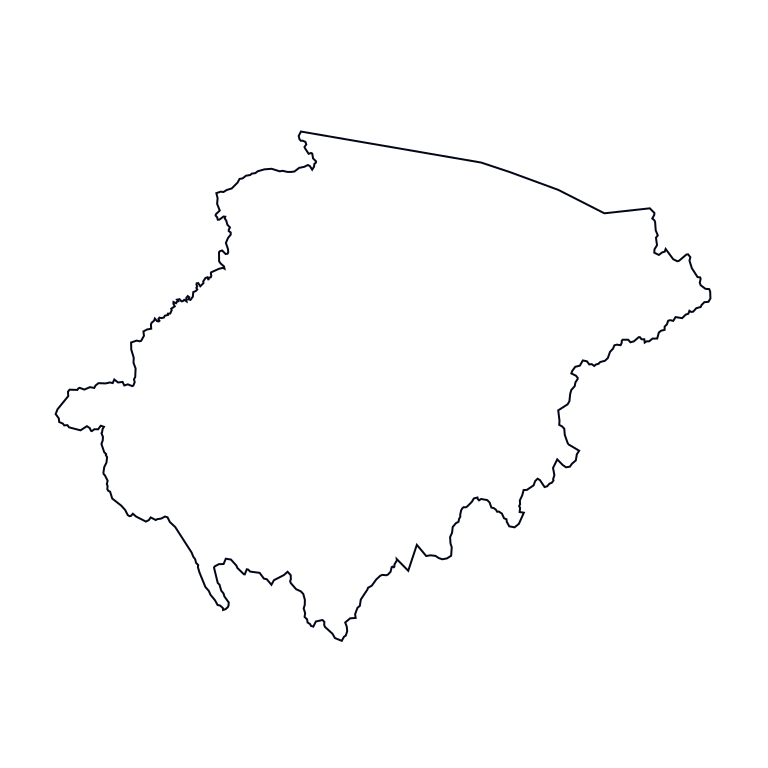 Chanchamayo, Junín, Peru, rotated 178°
{"feature_id": "86281439B40126444259692", "entity_name": "Chanchamayo", "entity_type": "district", "adm_level": 2, "iso_a3": "PER", "parent_name": "Peru", "parent_adm1": "Junín", "projection": "natural_earth1", "projection_center": [-75.066, -11.002], "detail": "fine", "context": "isolated", "style": "outline", "palette": "ink", "viewbox_px": 768, "rotation_deg": 178, "n_neighbors": 0, "source": "geoboundaries", "source_scale": "gbopen_adm2", "svg_char_len": 6131}
<svg xmlns="http://www.w3.org/2000/svg" viewBox="0 0 768 768"><g transform="rotate(178 384 384)"><path d="M664.5,293.5L663.8,291.8L664.2,288.6L663.3,286.9L661.5,285.9L659.6,279.0L650.7,271.5L647.0,267.0L644.7,262.0L643.0,260.8L641.5,261.0L639.5,263.1L636.4,260.2L626.7,254.8L623.8,256.2L621.8,258.8L616.8,256.0L615.5,256.8L611.3,257.3L607.5,259.2L605.0,258.3L602.8,253.5L597.7,248.4L582.1,222.2L580.7,218.2L578.8,215.4L578.1,211.9L576.0,209.5L576.4,207.5L575.0,202.1L569.6,187.4L566.3,183.3L564.8,179.5L560.4,173.7L558.0,168.9L555.7,168.4L553.8,166.7L552.7,165.5L552.7,163.8L550.1,164.6L547.9,166.4L547.1,168.0L546.8,171.1L550.9,177.2L551.7,180.3L553.9,183.2L555.4,189.2L557.1,191.0L560.3,206.4L559.6,207.6L555.4,209.7L550.6,209.7L548.2,214.9L543.1,213.9L537.8,207.6L537.0,205.3L530.6,198.7L529.8,198.6L527.6,203.6L526.3,203.3L524.3,201.2L514.9,199.6L510.8,193.7L508.0,193.0L503.5,187.3L500.8,191.8L490.8,196.5L486.9,199.7L483.9,196.2L483.9,192.2L484.7,190.2L484.1,188.3L479.0,182.0L474.4,179.7L472.0,177.0L470.6,171.0L470.9,166.0L472.1,162.5L470.8,157.7L471.5,154.0L469.1,151.5L468.7,148.3L466.3,146.7L465.4,144.8L463.1,144.0L460.4,149.0L453.7,150.3L451.9,148.3L452.2,145.5L451.5,143.3L444.2,136.2L441.9,131.8L435.2,128.8L432.8,132.8L431.0,133.9L429.4,138.2L429.7,142.9L431.1,147.0L426.0,151.0L420.5,151.2L420.9,155.0L418.3,161.3L415.9,163.1L414.7,169.4L407.6,179.4L407.2,180.8L403.2,182.9L398.6,188.9L394.4,192.5L392.4,193.3L388.4,192.8L386.7,193.4L384.0,196.1L382.7,200.7L381.9,201.2L380.6,200.5L380.0,201.1L379.8,203.4L377.3,207.2L377.4,208.6L366.3,196.5L356.8,222.1L347.8,210.6L343.6,211.2L338.5,210.4L335.3,208.1L331.8,206.8L327.2,207.5L322.9,210.0L322.0,218.5L323.1,222.3L323.3,228.7L321.2,232.9L320.3,238.7L317.0,242.4L314.3,243.7L313.7,246.5L312.4,248.6L312.4,250.7L311.3,255.0L310.1,257.0L308.8,258.1L306.5,257.9L305.0,258.8L300.3,263.2L298.2,266.5L294.6,267.3L294.3,265.8L293.1,264.4L291.0,265.7L284.9,264.4L282.6,261.9L281.0,256.8L278.4,256.0L276.5,254.4L275.4,252.4L273.7,252.5L270.7,250.4L268.7,245.6L266.3,244.5L266.1,242.0L263.8,237.4L258.5,236.2L254.1,239.5L248.7,250.5L252.9,251.3L252.3,255.4L253.2,257.3L252.2,259.0L252.3,262.9L249.7,268.0L248.2,273.1L244.9,273.2L238.0,277.5L236.4,281.6L233.8,284.0L231.5,282.5L227.1,275.4L224.5,276.1L222.0,278.7L219.8,279.4L218.0,281.6L218.3,283.0L216.9,287.0L218.0,294.2L213.5,302.6L208.2,296.8L205.0,294.4L201.1,294.9L198.9,297.8L195.0,300.9L193.7,307.1L191.3,310.5L201.6,317.1L202.5,318.5L205.1,326.8L205.4,333.0L207.5,335.4L210.3,337.0L209.9,341.2L210.8,351.6L201.2,357.3L199.3,360.3L198.3,367.5L197.0,371.5L193.5,375.2L192.6,379.0L190.3,382.2L190.2,383.4L191.9,385.6L196.4,388.0L195.4,390.5L192.3,394.5L187.6,395.5L184.5,400.6L180.4,399.6L178.2,396.4L175.7,396.6L173.3,394.7L171.5,396.1L168.9,396.7L167.2,398.4L162.4,399.5L159.4,402.1L157.0,408.2L153.9,411.3L152.4,414.6L149.9,415.2L146.2,414.5L145.0,416.9L144.9,418.9L144.0,419.9L138.4,419.7L136.3,417.1L132.8,417.9L127.8,421.9L126.7,421.9L125.0,419.7L122.3,419.6L122.0,416.3L120.0,417.5L117.5,417.4L114.1,420.0L109.4,419.9L107.5,425.9L105.2,427.6L101.7,428.3L101.5,431.6L99.2,433.7L97.8,437.3L95.7,437.8L92.7,437.0L90.3,440.7L83.7,439.4L80.1,442.8L77.4,443.6L76.2,446.5L74.5,445.3L72.5,445.5L69.2,448.9L64.8,449.9L64.0,451.7L61.0,454.6L56.9,454.8L54.8,458.1L54.8,465.0L55.7,467.5L59.4,467.9L64.1,471.7L64.9,474.2L63.9,478.0L64.3,479.5L66.9,479.9L72.3,489.0L74.4,496.6L73.4,500.0L75.6,503.0L77.3,502.8L84.8,496.9L86.5,496.4L90.6,498.6L97.8,509.1L98.8,506.5L101.4,505.8L104.8,503.4L109.3,505.8L109.0,509.1L106.3,513.2L107.1,520.7L105.2,523.0L107.1,528.1L107.4,536.3L108.0,538.1L110.1,540.0L108.0,543.6L107.8,545.5L112.2,550.3L157.8,546.9L203.0,571.9L251.1,591.5L279.1,601.9L458.2,639.2L460.6,634.9L459.9,631.5L458.6,630.0L456.8,630.0L454.1,628.7L453.3,626.1L455.2,623.7L454.8,622.5L451.3,616.7L448.8,617.4L447.7,616.8L447.0,611.9L444.1,608.8L444.4,607.5L445.9,606.5L446.3,603.7L448.3,600.7L450.5,604.4L452.4,605.5L456.2,603.8L461.2,603.0L466.1,599.5L468.8,599.2L473.0,599.3L477.9,600.6L480.8,600.2L488.8,603.0L496.0,602.7L502.8,601.0L505.3,599.2L508.7,598.9L510.5,597.5L514.6,597.0L518.2,594.4L521.2,594.0L523.3,590.4L529.4,584.7L534.4,583.4L537.7,581.5L540.6,581.9L544.9,580.6L543.8,575.5L544.5,569.9L542.1,563.1L546.2,559.4L546.4,558.2L544.9,556.4L544.4,554.0L542.8,554.0L538.5,557.0L536.8,556.7L537.4,554.9L536.0,553.0L535.0,548.7L532.5,545.8L533.8,543.5L533.8,542.2L531.9,540.8L532.0,538.6L534.8,535.4L537.1,530.5L535.2,524.3L535.1,520.9L535.8,519.7L537.7,519.4L541.1,523.1L543.6,522.3L544.3,521.4L544.5,512.4L543.2,510.3L539.8,507.1L539.4,504.8L540.9,505.7L544.9,504.9L552.7,501.7L553.2,500.9L552.8,498.0L553.5,496.6L555.4,496.4L555.7,494.0L556.8,496.8L558.7,496.2L561.1,492.9L560.9,491.1L564.2,488.1L566.1,491.3L567.6,491.2L568.0,490.1L567.3,487.9L568.2,486.6L567.3,485.0L568.8,483.5L571.4,482.5L572.0,477.9L574.5,474.8L576.4,475.5L575.6,477.5L577.1,478.7L578.6,476.9L578.4,473.4L580.7,475.1L582.2,473.8L583.5,473.7L585.4,475.9L587.9,475.5L586.7,473.9L588.1,473.4L589.0,472.0L591.5,473.3L591.7,471.6L590.4,468.9L594.0,466.7L593.6,465.1L595.2,461.9L597.5,461.8L597.4,460.6L600.6,459.9L601.7,458.1L604.3,457.6L606.1,458.2L607.2,456.8L606.2,455.0L606.9,454.4L608.7,454.8L610.7,457.4L611.7,455.2L614.1,453.3L614.9,451.5L614.7,447.4L619.1,446.7L622.6,444.9L622.2,440.6L625.2,435.6L626.7,435.2L629.7,436.0L635.3,434.3L635.4,427.3L633.2,419.0L633.6,413.9L631.7,408.2L632.4,399.6L633.7,397.5L633.1,394.5L634.6,391.1L635.8,390.7L640.0,392.6L643.6,391.6L645.2,395.2L649.7,394.8L653.4,397.9L655.1,394.4L657.8,395.1L662.2,394.3L669.3,394.8L672.3,392.6L673.7,390.2L678.0,391.1L683.7,388.9L688.3,390.8L689.4,390.4L690.7,388.8L698.4,389.3L700.1,387.4L700.0,382.9L711.2,370.1L713.2,365.4L710.2,361.0L709.9,357.3L706.4,355.7L705.0,353.8L701.8,353.9L700.3,351.7L688.9,348.3L682.4,352.2L679.6,350.2L678.5,347.5L677.7,347.1L675.0,348.9L671.3,348.7L668.5,352.2L665.4,351.0L666.9,348.5L667.5,345.3L668.1,344.7L666.7,340.9L667.1,337.3L668.5,333.9L666.0,325.6L664.1,323.6L664.5,322.7L663.3,320.6L664.1,315.2L666.5,310.7L667.5,305.2L667.3,303.7L666.2,302.6L663.6,297.0L664.5,293.5Z" fill="none" stroke="#020617" stroke-width="2"/></g></svg>